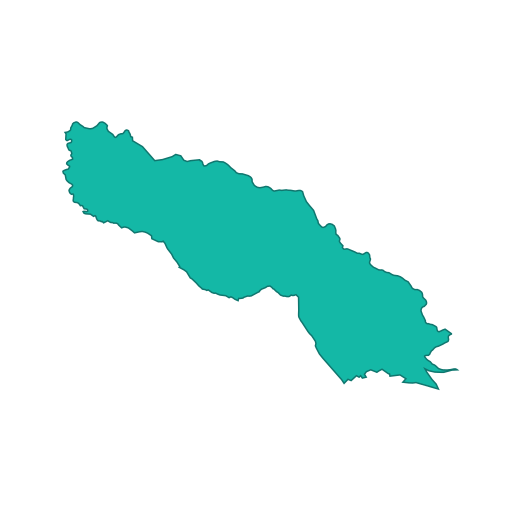 Chigmecatitlán, Puebla, Mexico, rotated 46°
{"feature_id": "50627088B58244454353304", "entity_name": "Chigmecatitlán", "entity_type": "district", "adm_level": 2, "iso_a3": "MEX", "parent_name": "Mexico", "parent_adm1": "Puebla", "projection": "albers", "projection_center": [-98.061, 18.648], "detail": "fine", "context": "isolated", "style": "filled", "palette": "teal", "viewbox_px": 512, "rotation_deg": 46, "n_neighbors": 0, "source": "geoboundaries", "source_scale": "gbopen_adm2", "svg_char_len": 6050}
<svg xmlns="http://www.w3.org/2000/svg" viewBox="0 0 512 512"><g transform="rotate(46 256 256)"><path d="M478.4,217.2L473.3,215.4L467.1,215.2L458.6,213.9L454.5,212.8L458.7,211.3L463.7,208.0L468.3,203.6L470.1,201.7L474.2,194.3L477.7,190.3L477.1,190.4L475.9,190.9L474.8,192.0L473.0,194.9L470.9,197.6L467.9,200.6L466.4,201.6L463.8,202.9L459.6,203.1L458.2,203.4L456.2,204.3L453.1,204.1L450.5,204.8L448.8,205.0L445.7,204.7L445.1,204.2L445.3,203.3L446.1,202.1L447.2,201.0L447.3,199.3L446.7,197.9L446.1,195.7L446.3,194.3L446.1,191.8L446.2,190.6L446.5,189.4L447.6,187.4L449.2,182.7L449.6,180.8L450.7,177.6L450.7,176.8L449.8,175.4L448.3,174.4L447.7,173.8L447.3,173.1L447.2,172.4L447.3,171.5L447.9,169.7L447.6,169.4L440.0,170.8L439.0,173.0L438.3,175.3L437.9,176.1L437.8,176.8L437.1,177.3L436.1,177.5L435.0,177.1L432.8,175.6L431.7,175.6L427.9,176.8L426.2,178.1L424.4,179.0L423.6,179.9L422.8,180.1L421.6,180.1L420.9,179.8L420.2,179.1L416.1,177.7L414.2,177.3L410.2,175.5L409.6,174.9L409.0,174.1L408.5,172.9L408.4,172.0L408.7,170.8L409.1,170.0L409.0,167.1L408.6,166.3L407.9,165.6L406.9,165.0L405.6,164.6L402.5,164.7L401.2,164.5L399.5,163.1L398.2,162.3L397.0,162.0L395.4,162.2L394.4,162.3L392.2,163.3L390.5,165.1L388.6,165.8L386.9,165.9L385.8,165.4L380.3,164.5L376.8,165.7L373.7,166.0L371.3,166.6L368.7,167.8L365.6,170.3L363.7,171.1L360.3,172.0L359.3,172.9L358.3,173.6L356.6,174.3L354.4,174.6L353.2,175.4L352.7,176.1L351.1,177.4L347.5,178.6L346.1,179.2L345.1,179.4L342.1,179.6L340.3,179.4L339.3,178.6L338.1,176.3L337.6,175.7L336.6,175.4L335.8,174.9L334.2,173.6L332.3,173.2L331.2,173.3L330.3,173.9L329.9,174.6L329.2,177.8L328.6,178.4L327.6,179.0L325.9,179.7L324.3,181.3L322.0,182.0L315.0,185.0L314.0,185.6L312.6,187.6L311.9,188.1L310.8,188.1L309.8,187.9L309.1,186.4L305.4,186.3L304.1,186.1L303.2,185.7L302.4,184.2L301.6,183.5L298.1,182.9L296.0,183.3L294.4,182.2L293.2,180.9L291.8,180.0L288.8,178.8L286.2,179.2L284.5,180.2L283.8,180.9L283.3,181.6L282.9,183.3L283.1,185.5L282.6,186.9L282.2,187.7L281.5,188.3L280.5,188.6L277.3,188.6L275.7,188.4L273.6,187.0L271.7,186.6L263.2,182.9L256.8,182.5L251.9,182.0L246.0,179.9L242.0,177.8L240.2,178.3L239.4,178.8L238.2,180.2L237.0,182.1L235.9,183.2L232.9,185.4L231.0,187.2L229.4,188.4L226.6,192.0L224.8,193.4L222.0,197.7L221.4,198.1L220.5,198.4L219.2,198.5L217.9,198.4L216.4,198.7L214.5,199.3L212.8,200.6L211.5,203.0L209.6,205.8L207.6,207.3L205.1,208.0L203.7,208.1L199.9,207.2L198.0,205.5L196.5,205.1L195.3,205.1L192.9,205.7L187.4,208.8L185.7,210.5L184.5,211.4L182.4,212.3L180.0,212.1L175.0,212.8L172.3,212.8L170.5,212.9L167.7,213.5L165.6,214.2L162.8,216.8L160.8,217.9L159.7,219.3L159.0,220.4L157.3,224.4L156.7,226.2L156.6,228.7L156.2,229.5L155.2,230.8L154.6,230.8L152.9,230.4L152.1,229.8L151.2,229.4L149.8,229.2L148.5,230.0L147.7,229.6L142.0,236.8L140.2,239.9L137.0,241.4L131.7,240.5L127.2,243.2L126.3,247.3L121.7,256.3L117.1,262.6L98.5,261.7L87.4,264.7L84.7,262.4L83.1,263.2L81.3,262.1L80.0,261.6L78.8,261.4L77.4,260.7L76.4,261.0L75.5,261.5L75.0,262.6L75.0,263.8L75.3,264.6L75.5,266.5L75.1,267.4L74.3,268.2L73.4,270.1L73.2,271.2L73.4,273.7L72.9,274.9L71.9,275.1L69.0,274.6L63.8,275.6L62.5,275.3L60.7,274.7L59.5,273.4L59.2,272.5L58.4,272.3L55.8,272.4L53.7,273.0L52.8,273.5L51.9,274.7L51.4,275.8L51.8,279.9L51.0,283.8L50.7,284.9L49.3,286.9L48.5,287.6L44.3,290.4L42.6,290.5L39.2,291.3L36.5,291.4L35.5,291.7L34.6,292.3L33.6,294.6L33.6,296.2L34.3,297.3L35.2,300.3L36.4,301.6L36.6,302.4L36.2,304.6L35.8,305.6L34.5,307.5L36.2,307.8L40.0,311.9L41.3,312.0L41.9,311.5L42.5,309.3L43.4,308.1L44.5,308.0L45.6,309.2L45.9,310.2L44.4,313.0L44.4,314.0L44.8,314.8L46.4,315.8L47.1,315.9L48.8,316.6L50.1,316.9L50.8,316.6L51.4,316.1L52.5,316.3L54.3,317.3L54.6,318.0L54.7,318.8L55.3,319.5L56.2,319.7L57.6,319.6L59.0,320.7L57.7,323.7L57.3,326.1L57.5,327.4L58.2,328.2L60.3,328.1L61.8,327.7L62.4,328.1L63.1,330.7L62.2,332.1L61.2,334.5L60.9,336.0L62.5,337.0L65.2,336.9L69.0,339.4L70.7,339.7L73.2,339.6L76.3,338.6L77.7,338.7L78.5,339.9L78.2,342.4L78.5,344.1L79.1,345.1L81.0,346.0L82.3,346.1L83.5,345.8L84.1,344.8L84.6,344.5L85.4,344.9L86.5,345.8L87.3,346.9L88.1,347.7L88.8,348.7L89.6,349.3L90.3,349.4L91.4,349.1L93.4,347.5L94.7,347.1L96.3,347.1L97.8,347.4L98.7,346.2L99.4,345.9L102.7,346.8L104.6,345.2L105.7,345.0L106.8,345.8L106.5,347.0L105.2,347.9L104.2,348.9L103.9,349.5L105.5,350.0L106.5,349.7L107.5,349.1L110.9,346.0L114.7,345.3L115.1,343.8L116.0,343.6L118.3,344.7L119.6,345.1L121.0,345.1L122.0,344.2L123.0,343.5L123.8,343.5L124.4,342.6L126.3,342.6L127.7,338.1L129.9,337.6L131.2,337.1L132.0,336.2L132.5,335.9L133.3,335.7L135.3,333.7L136.1,333.3L137.0,333.1L138.2,333.3L142.4,333.1L143.3,331.1L144.2,330.0L147.1,328.3L152.2,327.5L155.0,327.3L157.5,323.2L159.3,320.8L161.7,319.2L164.2,318.1L168.8,317.1L171.2,318.9L177.8,316.4L180.6,313.6L180.8,312.5L183.7,312.7L188.1,314.3L189.8,314.7L196.1,315.4L200.1,316.7L205.7,317.1L208.8,317.8L209.4,317.8L210.6,318.2L210.7,319.1L216.1,317.4L219.2,316.9L226.1,318.5L227.7,318.0L229.0,317.9L234.0,317.7L237.7,317.9L241.6,317.5L242.5,317.6L245.0,315.8L246.6,315.3L247.2,313.9L251.6,313.1L253.7,312.0L254.5,310.9L256.9,310.0L259.0,309.0L263.6,305.3L267.3,304.3L267.9,302.4L269.8,301.7L272.5,301.2L275.7,299.9L274.5,297.9L275.9,296.4L277.2,294.6L277.3,293.4L278.9,289.9L280.4,288.5L281.4,287.1L283.3,280.3L284.0,278.2L283.5,277.5L283.7,275.1L285.3,271.1L285.7,268.9L287.3,266.8L289.5,266.4L291.5,266.5L292.1,266.1L295.9,266.0L297.6,265.5L301.1,265.5L303.9,264.2L305.0,263.0L306.6,262.0L307.9,260.7L308.3,259.9L308.5,257.8L309.5,257.4L310.7,256.1L311.6,254.1L315.2,254.0L324.7,262.9L327.4,265.7L328.8,267.0L330.0,267.7L333.9,268.8L335.7,269.0L346.5,271.1L349.1,271.4L352.1,271.3L358.6,272.5L360.6,273.7L361.9,275.7L364.3,276.6L370.4,278.4L375.8,278.9L404.4,280.3L408.8,281.1L408.6,275.5L411.7,274.1L411.9,266.9L414.8,266.0L414.8,263.9L417.7,264.3L419.7,260.9L416.4,260.1L415.9,256.9L417.6,252.5L423.6,249.8L424.0,247.4L425.0,244.0L432.8,242.5L433.6,241.8L435.5,243.1L441.6,235.0L448.4,233.4L448.8,238.0L453.6,234.0L456.2,231.5L458.2,228.8L478.4,217.2Z" fill="#14b8a6" stroke="#0f766e" stroke-width="1.5"/></g></svg>